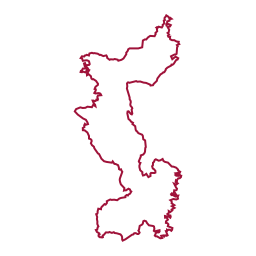 the district of Lagoa Vermelha, Rio Grande do Sul, Brazil
{"feature_id": "56859067B79352726163221", "entity_name": "Lagoa Vermelha", "entity_type": "district", "adm_level": 2, "iso_a3": "BRA", "parent_name": "Brazil", "parent_adm1": "Rio Grande do Sul", "projection": "albers", "projection_center": [-51.488, -28.199], "detail": "fine", "context": "isolated", "style": "outline", "palette": "rose", "viewbox_px": 256, "rotation_deg": 0, "n_neighbors": 0, "source": "geoboundaries", "source_scale": "gbopen_adm2", "svg_char_len": 5824}
<svg xmlns="http://www.w3.org/2000/svg" viewBox="0 0 256 256"><path d="M160.3,238.3L162.1,238.0L161.2,235.8L163.5,235.4L164.1,236.6L165.2,235.3L166.6,235.8L167.6,235.3L165.9,231.1L166.9,231.0L167.0,229.7L167.8,230.2L168.9,229.6L170.1,229.9L171.3,230.8L172.1,229.8L172.4,228.0L167.8,226.2L168.4,224.3L167.4,223.2L165.9,222.9L166.0,221.3L167.9,219.7L166.6,217.5L165.1,217.7L165.0,216.0L169.0,216.8L170.3,217.7L170.7,216.8L170.4,215.5L169.0,215.3L167.4,214.0L169.0,212.7L168.8,211.1L170.3,212.0L172.3,210.4L171.7,209.5L174.5,207.9L171.9,206.2L174.3,205.1L171.6,203.3L171.8,202.1L171.3,200.9L170.4,200.2L173.3,199.0L176.3,199.5L178.0,198.7L177.6,197.0L178.2,195.6L177.0,195.7L176.3,196.4L175.5,196.6L172.6,195.0L171.5,195.1L171.0,194.2L171.9,193.3L173.3,194.5L174.5,195.0L175.9,194.3L175.0,192.9L173.9,192.5L174.2,190.3L175.6,190.5L176.7,189.8L177.0,188.7L176.1,187.6L174.2,183.8L176.1,184.7L177.7,183.4L175.6,182.0L175.9,180.5L176.9,181.4L177.1,179.8L178.3,178.3L179.7,178.2L180.9,177.2L181.2,175.8L180.0,175.7L179.8,174.6L178.6,174.0L177.8,174.4L178.0,175.8L176.2,175.7L175.4,175.0L176.3,174.3L175.5,173.3L178.4,172.9L179.5,173.1L180.2,171.8L178.1,170.5L178.1,169.6L176.2,167.7L173.6,166.7L171.7,166.5L168.0,162.6L165.0,161.9L163.5,161.0L162.6,159.0L160.4,160.3L158.7,160.7L155.8,159.3L154.8,159.9L153.8,162.1L153.0,162.7L152.9,165.4L152.1,166.2L152.8,168.5L154.0,169.2L155.4,170.9L155.4,172.6L154.5,173.0L151.1,172.9L150.4,173.6L150.5,176.0L148.4,177.1L146.3,173.8L144.5,175.1L143.0,175.5L142.3,173.7L142.4,172.2L140.2,170.2L139.4,167.1L139.4,165.5L140.4,162.9L139.4,162.6L138.8,161.3L140.8,156.5L140.8,155.4L143.3,154.5L144.6,152.8L145.0,151.6L145.3,147.9L145.8,147.1L145.1,140.4L143.3,139.3L142.8,135.8L142.1,134.7L138.7,133.3L137.7,132.5L137.3,131.5L136.3,130.9L135.7,129.8L135.2,126.2L132.4,124.0L133.0,122.8L130.8,121.5L130.4,120.6L128.5,119.0L127.3,113.3L127.6,111.5L128.6,111.3L130.9,114.0L131.8,114.4L132.3,113.6L131.6,109.6L132.3,108.4L132.0,107.5L130.5,105.7L130.3,104.4L130.8,102.0L130.5,100.6L129.7,99.4L129.6,97.4L126.9,88.5L127.3,86.3L127.0,83.5L127.7,82.5L128.5,82.4L129.4,82.8L136.2,81.1L137.3,81.7L140.2,81.5L143.6,82.6L146.1,82.9L150.1,84.6L150.5,85.5L153.0,85.2L153.7,83.9L156.8,80.9L157.4,78.5L160.5,74.4L162.6,73.1L163.3,72.3L164.3,72.2L165.6,70.2L165.8,69.1L167.4,67.6L171.1,65.6L171.5,64.6L172.5,64.8L173.8,63.7L176.1,60.1L177.6,59.5L178.2,58.2L175.5,56.7L172.3,59.2L171.0,56.3L174.6,54.5L175.9,54.4L176.6,53.8L177.1,47.3L177.7,46.4L176.9,45.1L179.2,44.1L178.4,43.1L178.7,41.8L176.5,41.5L174.3,40.2L172.1,40.2L170.2,39.3L169.9,37.8L170.1,36.8L169.1,37.0L168.3,36.7L167.9,35.7L169.1,34.6L167.6,33.0L168.6,32.4L169.2,29.8L167.6,27.0L169.9,26.5L170.8,25.1L168.6,24.1L166.4,25.1L166.2,24.1L167.2,23.0L167.2,21.4L169.5,20.7L169.5,19.3L171.5,18.8L170.1,17.7L168.9,17.7L168.2,16.6L166.3,15.4L165.6,16.8L164.7,17.6L164.5,18.8L164.9,20.0L163.8,20.6L164.2,23.0L163.6,24.2L162.7,24.8L162.7,26.1L161.8,27.5L158.6,26.7L158.0,27.4L157.1,27.1L156.4,27.6L157.3,28.3L156.9,29.1L157.2,31.2L155.4,33.0L155.7,34.0L154.6,36.2L150.2,35.9L148.1,37.3L146.2,39.5L144.9,39.4L142.9,40.5L142.2,47.3L138.3,48.4L129.6,48.4L128.2,49.3L127.8,50.7L126.2,52.8L126.3,54.2L123.5,58.5L121.5,59.8L118.3,60.7L117.7,59.7L114.7,59.0L113.3,59.5L110.7,59.3L109.6,59.8L107.2,57.9L107.0,56.5L106.3,55.4L103.3,56.1L100.6,54.8L99.8,55.0L97.7,53.7L94.2,53.1L93.3,53.3L91.9,52.8L89.4,53.5L88.9,55.5L86.7,54.8L85.7,55.4L84.9,55.5L84.2,56.5L81.9,56.3L80.7,58.1L82.1,58.5L82.8,60.8L86.3,60.3L87.6,60.5L89.0,61.3L89.7,64.1L89.1,64.9L86.4,65.2L85.6,64.7L85.0,63.1L84.0,63.5L84.8,66.4L86.6,67.0L87.6,68.1L86.7,68.4L82.8,68.6L82.1,70.1L80.9,70.9L80.6,72.0L82.0,72.2L82.8,71.6L85.4,72.4L86.1,71.6L86.6,70.3L87.8,69.5L89.2,70.1L86.9,74.0L87.0,75.2L88.6,74.2L90.9,76.2L91.4,78.5L92.3,79.3L93.3,79.1L96.0,80.9L98.0,83.8L97.9,84.9L95.6,86.7L95.1,87.7L94.6,89.0L95.8,89.4L95.7,90.6L94.3,93.0L95.4,93.5L98.3,93.1L99.8,93.3L100.7,94.1L101.2,95.2L98.0,95.5L97.3,97.0L98.0,99.2L97.6,100.1L96.4,99.6L95.8,100.8L94.8,101.2L93.6,100.6L92.6,100.6L93.6,103.0L95.1,104.8L95.4,106.2L93.3,104.7L91.9,107.2L87.4,106.7L85.4,107.8L82.7,108.0L80.3,107.4L76.1,109.1L74.8,111.4L77.8,114.6L83.1,118.5L85.9,119.8L87.5,122.5L88.0,124.1L85.7,124.8L84.9,123.9L84.2,125.3L84.4,127.1L82.8,128.0L82.9,130.2L84.6,130.3L87.4,132.5L89.0,136.0L89.0,138.6L90.7,139.2L91.5,140.1L91.7,141.1L90.9,143.2L92.0,145.2L93.9,146.7L94.4,148.4L97.9,153.4L99.1,154.1L101.4,158.7L104.0,161.2L106.5,161.9L111.9,162.7L112.7,161.4L114.4,163.9L115.6,164.0L118.1,165.2L118.9,167.7L119.0,169.1L119.8,169.6L121.0,169.3L121.5,170.6L122.3,171.8L119.9,178.5L119.7,179.9L120.1,182.1L120.9,184.4L124.4,188.1L124.0,190.5L124.8,190.2L125.9,190.4L128.5,188.7L130.0,189.5L130.4,190.9L131.3,191.5L130.1,193.6L128.4,194.6L127.9,195.5L126.7,195.0L125.4,196.0L125.4,197.2L121.2,197.9L119.4,198.5L117.2,200.2L114.1,199.7L111.6,199.9L110.2,199.5L106.8,201.2L106.9,203.0L105.6,204.6L104.5,204.1L101.6,207.0L101.0,208.3L101.0,209.2L98.3,208.7L97.6,211.4L97.6,212.9L97.1,213.9L96.2,214.2L97.2,217.0L96.9,218.9L97.4,221.5L97.3,224.0L98.4,226.5L97.7,227.2L97.2,229.6L95.9,230.0L96.9,231.9L99.3,233.4L99.6,234.4L98.7,234.7L98.5,235.9L99.2,236.8L100.1,237.3L101.1,237.1L102.0,237.5L102.9,237.2L102.7,235.5L103.8,234.9L105.9,232.4L108.5,232.5L109.4,232.0L111.9,232.9L113.8,232.2L114.6,233.0L116.8,233.3L120.5,234.4L121.7,235.9L122.1,237.1L122.2,239.7L122.7,240.6L125.4,239.3L132.1,234.7L133.4,234.4L134.0,233.4L135.1,233.1L136.4,233.4L137.3,234.0L138.3,234.0L139.2,233.3L139.6,232.5L138.4,230.6L139.0,229.7L139.7,225.9L141.9,224.7L142.8,223.7L143.3,221.2L144.3,220.7L146.1,221.3L146.9,222.9L148.9,225.3L153.1,226.0L154.0,226.5L154.4,228.9L153.8,230.8L154.5,231.4L159.5,230.2L159.6,231.4L159.1,232.2L158.1,232.5L157.0,232.3L156.0,232.9L154.8,235.6L155.7,236.3L156.9,236.3L160.3,238.3Z" fill="none" stroke="#9f1239" stroke-width="2"/></svg>